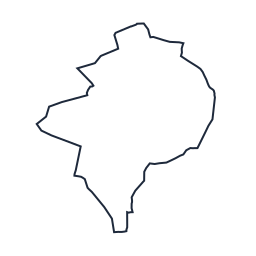 Ezeagu, Enugu, Nigeria (orthographic projection), rotated 263°
{"feature_id": "59680162B4656907626813", "entity_name": "Ezeagu", "entity_type": "district", "adm_level": 2, "iso_a3": "NGA", "parent_name": "Nigeria", "parent_adm1": "Enugu", "projection": "orthographic", "projection_center": [7.222, 6.418], "detail": "fine", "context": "isolated", "style": "outline", "palette": "slate", "viewbox_px": 256, "rotation_deg": 263, "n_neighbors": 0, "source": "geoboundaries", "source_scale": "gbopen_adm2", "svg_char_len": 1508}
<svg xmlns="http://www.w3.org/2000/svg" viewBox="0 0 256 256"><g transform="rotate(263 128 128)"><path d="M174.4,209.0L177.8,207.1L180.4,204.3L183.1,201.0L187.4,195.7L192.9,189.3L194.8,190.1L196.2,190.7L198.2,190.8L200.4,191.0L203.7,192.4L205.4,193.3L206.8,189.2L208.4,180.0L210.8,174.2L212.8,169.8L215.3,164.2L215.3,161.3L218.1,160.7L223.4,160.0L229.8,156.4L230.0,154.3L230.4,149.6L229.9,149.1L229.5,148.2L228.4,143.5L228.5,143.3L224.0,127.3L221.9,125.8L211.7,127.6L207.9,127.9L203.1,110.7L202.7,109.6L196.4,103.1L195.5,97.8L193.4,85.0L176.9,97.5L174.2,98.8L173.6,97.6L173.7,95.6L170.7,93.0L167.8,91.4L165.5,91.6L161.8,65.5L158.8,52.3L149.3,48.1L143.1,37.9L136.0,41.7L130.0,51.1L115.5,78.8L92.4,71.0L90.5,70.1L88.7,69.3L87.2,69.0L86.1,73.0L85.3,75.5L84.1,77.1L82.5,78.9L73.6,80.6L72.2,81.6L69.0,84.3L52.4,94.8L40.0,101.0L26.3,101.5L26.1,105.5L25.6,109.0L25.6,111.8L25.8,113.8L27.4,114.1L29.5,115.1L32.7,115.5L44.6,116.9L43.9,118.3L44.1,120.4L43.9,122.3L48.0,121.8L52.5,122.4L54.0,123.0L55.8,123.2L58.8,123.2L64.9,127.6L72.9,136.6L73.7,137.6L82.6,138.8L86.2,141.3L90.2,145.3L89.0,150.1L89.2,155.0L89.0,161.9L90.5,166.5L92.2,171.5L94.2,176.5L95.0,179.7L98.8,183.1L100.5,187.4L100.1,189.5L99.6,194.3L99.6,194.5L102.6,196.5L109.0,200.7L114.5,204.3L120.4,208.1L126.3,212.9L134.3,214.8L147.8,218.0L150.3,217.8L151.6,218.1L153.3,217.9L154.7,217.7L155.8,216.9L157.9,214.5L159.1,213.7L160.4,213.2L162.5,212.6L162.9,212.5L166.4,211.7L170.9,210.1L174.4,209.0Z" fill="none" stroke="#1e293b" stroke-width="2"/></g></svg>